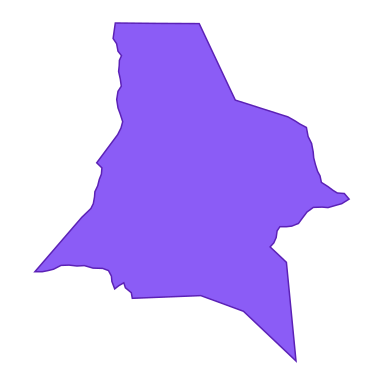 Santo André, Paraíba, Brazil (Mercator projection)
{"feature_id": "56859067B12125725469802", "entity_name": "Santo André", "entity_type": "district", "adm_level": 2, "iso_a3": "BRA", "parent_name": "Brazil", "parent_adm1": "Paraíba", "projection": "mercator", "projection_center": [-36.617, -7.225], "detail": "fine", "context": "isolated", "style": "filled", "palette": "violet", "viewbox_px": 384, "rotation_deg": 0, "n_neighbors": 0, "source": "geoboundaries", "source_scale": "gbopen_adm2", "svg_char_len": 1166}
<svg xmlns="http://www.w3.org/2000/svg" viewBox="0 0 384 384"><path d="M288.0,116.9L235.3,100.1L228.5,85.8L207.1,40.4L199.2,23.6L157.4,23.4L115.3,23.0L113.1,38.5L116.6,43.7L118.0,51.2L121.5,55.7L119.4,60.3L119.2,65.8L118.6,71.4L120.3,79.1L121.3,86.2L118.0,91.3L116.7,99.5L118.0,107.9L120.2,113.9L122.7,121.7L121.0,128.0L117.7,134.6L96.7,162.8L101.9,167.9L101.4,174.1L99.3,179.4L97.7,185.8L94.9,191.7L94.5,197.0L93.3,203.7L90.9,208.5L86.7,212.6L81.8,217.3L34.9,271.7L42.4,271.7L48.0,270.6L53.6,269.2L61.0,265.4L69.0,265.1L76.9,266.0L84.3,265.6L93.0,268.1L102.7,268.4L108.5,270.6L111.4,276.1L111.9,281.5L114.7,288.9L118.9,285.6L123.8,282.8L125.4,287.8L131.3,292.7L132.3,298.3L200.8,295.6L243.5,311.3L296.0,361.0L286.4,262.3L270.1,246.9L273.8,242.9L276.2,237.5L277.1,230.9L279.9,226.7L286.6,226.7L291.8,226.1L298.5,223.4L302.3,218.2L307.0,212.0L313.3,207.4L322.1,207.1L328.0,207.6L336.6,205.1L341.7,203.7L349.1,199.1L344.3,193.5L337.3,193.0L332.8,190.2L328.0,186.6L321.4,182.4L320.0,175.8L317.6,171.4L315.4,164.5L313.7,157.8L313.2,152.0L311.6,143.5L308.1,136.5L306.4,127.5L299.5,123.8L295.4,121.1L288.0,116.9Z" fill="#8b5cf6" stroke="#5b21b6" stroke-width="1.5"/></svg>